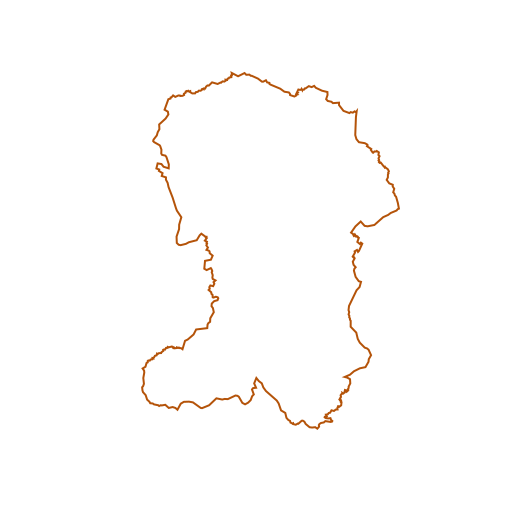 Pak Thong Chai, Nakhon Ratchasima, Thailand (orthographic projection), rotated 296°
{"feature_id": "78962969B86038514919301", "entity_name": "Pak Thong Chai", "entity_type": "district", "adm_level": 2, "iso_a3": "THA", "parent_name": "Thailand", "parent_adm1": "Nakhon Ratchasima", "projection": "orthographic", "projection_center": [101.937, 14.672], "detail": "fine", "context": "isolated", "style": "outline", "palette": "amber", "viewbox_px": 512, "rotation_deg": 296, "n_neighbors": 0, "source": "geoboundaries", "source_scale": "gbopen_adm2", "svg_char_len": 6139}
<svg xmlns="http://www.w3.org/2000/svg" viewBox="0 0 512 512"><g transform="rotate(296 256 256)"><path d="M409.9,153.9L408.4,155.1L407.2,155.1L407.1,154.6L405.9,155.4L404.7,153.7L403.6,153.6L403.3,153.0L402.3,152.7L401.6,152.9L401.1,151.3L400.3,151.9L398.9,151.1L398.3,149.4L396.4,148.6L396.4,148.1L393.8,146.1L392.8,140.4L388.5,138.9L388.0,137.6L386.4,136.9L384.2,136.9L383.9,135.9L383.0,136.0L383.2,135.2L382.2,134.2L381.4,134.5L380.3,133.8L379.5,132.1L378.0,131.7L376.9,130.1L375.5,130.0L374.2,127.5L374.4,125.1L375.3,124.6L374.5,123.9L374.8,122.7L374.1,122.5L373.9,121.3L373.0,120.7L372.1,121.2L370.2,120.1L369.2,120.8L367.8,119.8L366.6,117.8L366.9,117.3L366.3,115.9L363.6,113.7L364.0,111.1L361.6,110.5L361.1,109.8L360.0,110.1L358.5,108.5L347.4,109.7L347.1,113.5L344.8,115.2L339.9,114.5L331.8,111.3L327.6,113.6L324.2,113.4L320.9,114.0L315.7,112.9L314.2,113.2L313.7,114.4L313.3,120.8L312.8,121.7L310.1,124.4L306.6,125.9L305.7,127.2L306.5,130.6L305.6,132.2L300.1,137.5L296.5,139.1L295.7,133.8L297.2,130.7L296.1,127.0L291.0,128.1L291.3,131.1L289.9,131.4L289.5,135.7L286.6,136.2L287.2,140.6L285.1,141.6L283.0,144.5L279.6,147.2L271.9,155.5L264.0,163.0L262.1,165.0L258.1,171.9L250.5,173.2L246.4,175.1L238.6,176.1L233.0,179.1L232.2,181.6L232.7,183.5L236.2,187.7L238.9,189.6L244.2,195.8L249.9,196.3L252.1,197.1L251.2,202.1L251.5,202.9L250.6,202.9L250.5,203.9L247.4,203.3L247.3,205.7L245.9,205.8L245.7,206.6L243.8,206.7L242.5,209.1L239.8,208.8L240.1,211.3L239.8,212.2L238.2,213.2L237.3,216.9L232.9,217.1L229.3,212.3L221.9,215.1L221.7,217.8L225.3,220.7L224.6,221.9L223.3,223.3L222.0,223.3L219.8,225.5L217.4,226.3L216.4,227.2L216.3,230.3L213.9,229.3L212.8,230.7L210.1,230.7L209.5,227.9L207.5,227.7L206.3,228.8L204.7,228.3L203.8,231.6L202.4,232.6L202.1,233.9L199.9,235.2L200.0,236.0L201.8,237.8L202.1,239.7L201.5,240.6L199.4,240.8L197.1,238.2L193.9,237.1L191.4,238.0L190.3,240.1L187.0,242.7L180.0,242.2L176.7,243.6L174.8,242.6L173.2,242.5L169.8,243.8L163.7,234.4L158.1,234.3L150.9,231.2L148.7,229.4L140.0,230.8L140.3,228.9L139.6,227.4L139.9,226.8L139.3,226.3L139.2,225.0L138.6,225.2L137.7,223.8L137.8,222.6L137.2,222.9L137.0,222.3L137.7,221.9L137.3,221.2L137.8,220.1L135.7,217.6L135.6,216.5L134.6,216.7L133.9,215.4L132.0,215.3L131.7,214.3L131.0,213.7L130.1,214.3L128.0,213.2L127.2,213.3L126.1,211.3L124.9,210.7L124.9,209.8L123.1,210.2L122.0,208.9L120.1,208.8L119.5,208.2L118.9,208.6L118.8,207.6L117.6,208.0L116.7,206.6L115.4,206.4L114.9,205.0L114.2,204.7L112.9,205.3L111.9,204.5L108.0,205.2L105.2,203.4L103.9,205.7L102.2,206.7L96.9,208.2L92.0,211.3L89.5,211.6L88.1,211.2L85.4,212.9L84.1,214.1L82.6,217.8L79.2,221.1L78.3,224.1L77.3,225.5L78.2,227.8L77.9,229.3L79.0,233.6L78.7,234.7L80.2,235.9L80.3,236.7L82.5,239.7L81.2,244.2L83.7,247.3L84.1,250.2L83.4,252.8L90.3,253.1L93.3,255.1L95.7,259.6L96.8,263.5L95.2,272.9L95.6,274.2L101.3,279.3L110.7,282.8L112.2,288.6L113.8,290.5L115.0,293.4L121.6,298.7L122.2,300.6L122.0,302.2L118.0,308.1L117.9,311.2L120.7,313.2L124.1,314.4L128.3,314.0L130.6,314.7L134.3,310.9L136.0,311.3L137.6,313.8L140.7,310.2L146.5,309.8L144.8,313.4L144.1,317.0L141.1,320.2L139.0,324.1L135.2,338.0L133.4,341.0L128.2,346.2L127.8,351.1L123.9,354.3L122.8,356.9L122.7,358.9L121.4,360.0L121.4,362.2L121.9,362.6L121.2,363.0L121.8,365.7L123.8,367.1L123.8,367.6L128.0,369.3L128.5,370.2L128.3,372.1L126.8,374.3L125.6,379.2L126.4,381.6L128.1,384.3L127.7,386.8L130.3,387.5L131.6,386.6L132.8,386.7L134.4,387.6L136.1,389.9L138.0,390.7L139.6,395.9L140.6,397.0L141.2,396.9L141.5,395.4L142.9,394.0L141.7,392.2L140.9,389.8L141.1,388.4L141.7,388.3L143.0,389.8L144.1,388.4L145.2,389.9L146.8,390.2L147.6,391.3L150.4,391.5L150.9,394.0L153.0,395.0L153.8,396.6L155.2,395.7L156.3,395.7L156.5,396.3L157.1,395.9L157.5,397.2L159.1,398.0L162.0,397.0L161.9,396.3L163.0,396.0L162.9,395.0L163.5,394.1L164.1,394.9L164.9,393.9L166.6,394.2L167.9,393.1L169.6,393.4L170.2,394.2L170.8,393.7L170.7,394.8L171.9,395.3L174.6,394.7L174.7,395.7L173.5,396.8L174.5,397.4L175.9,397.7L176.1,396.9L178.1,397.1L179.2,396.5L182.8,396.6L186.5,394.5L186.7,391.2L186.2,388.8L190.5,392.5L195.4,394.6L200.6,398.6L204.1,403.1L210.2,403.5L212.7,402.6L217.3,402.9L221.1,398.3L221.6,396.4L221.3,393.9L223.6,387.3L226.1,383.8L231.1,379.7L233.9,372.1L239.3,369.5L239.9,368.4L241.1,367.8L241.8,366.6L243.1,366.2L244.1,364.8L246.4,364.4L247.9,362.9L251.9,361.5L269.3,361.4L273.5,362.7L278.8,361.7L278.4,359.4L280.9,354.7L285.8,350.4L287.7,350.0L289.6,350.5L290.8,347.6L293.3,345.5L297.1,345.7L297.8,344.9L297.4,344.3L297.8,343.2L302.4,343.5L303.4,342.6L305.7,344.1L304.4,345.9L305.7,346.3L313.7,346.1L314.0,344.4L312.3,344.1L313.1,340.9L317.3,340.5L317.3,339.5L317.9,339.1L317.4,337.7L318.0,337.6L317.7,336.8L318.4,336.0L317.5,335.6L318.2,335.1L317.2,334.8L317.5,334.4L318.1,334.6L318.7,331.2L326.2,332.4L332.9,335.0L330.7,340.4L331.6,343.3L335.8,348.8L346.7,353.3L350.9,356.8L353.7,358.2L358.5,362.4L360.2,362.8L361.2,363.7L365.9,360.2L370.7,355.9L371.3,354.3L372.7,353.1L373.4,351.4L377.0,350.8L378.4,348.4L380.0,347.7L379.7,343.9L381.7,340.1L384.4,340.1L387.2,338.8L388.3,338.9L388.7,338.3L390.4,338.3L391.8,336.4L392.3,333.7L391.9,333.2L392.8,332.6L392.4,331.8L394.6,327.3L393.9,326.5L394.2,325.4L395.2,325.4L395.5,324.3L396.6,324.3L397.5,323.3L399.9,323.3L400.5,321.7L403.0,321.0L403.3,318.5L402.6,318.3L401.9,316.6L400.2,316.1L400.1,315.6L401.7,312.7L402.7,312.7L403.3,307.6L404.6,307.7L405.0,306.8L405.1,304.3L403.4,298.6L405.1,295.0L408.2,292.2L424.7,284.9L430.3,283.0L429.0,282.7L429.2,281.2L427.3,280.2L426.8,278.0L425.4,277.3L424.8,271.0L428.0,264.5L430.2,263.4L427.1,258.1L427.7,256.2L426.8,252.5L427.7,250.3L432.1,249.7L434.7,248.3L433.5,242.9L433.4,236.0L434.4,233.7L432.2,232.0L431.8,229.0L428.2,227.0L428.0,226.4L426.4,226.1L425.9,224.8L425.3,224.9L426.1,223.7L425.4,223.7L424.6,222.8L424.2,221.1L419.9,221.1L420.5,221.9L419.3,221.7L419.2,222.3L418.3,221.4L417.7,221.7L416.2,220.6L415.6,216.1L416.7,215.4L417.4,213.8L416.1,209.5L417.0,204.5L416.4,193.8L416.6,192.6L417.5,192.1L416.9,189.9L418.3,187.9L415.8,186.0L415.3,184.9L416.3,180.0L416.1,173.1L415.7,172.4L416.1,170.5L414.6,167.8L415.4,165.5L409.7,161.1L409.9,153.9Z" fill="none" stroke="#b45309" stroke-width="2"/></g></svg>